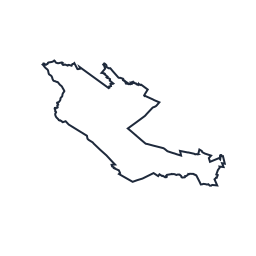 Lazdukalna pag., Rugaju, Latvia, rotated 33°
{"feature_id": "27541924B17763592459662", "entity_name": "Lazdukalna pag.", "entity_type": "district", "adm_level": 2, "iso_a3": "LVA", "parent_name": "Latvia", "parent_adm1": "Rugaju", "projection": "equal_earth", "projection_center": [27.094, 56.926], "detail": "fine", "context": "isolated", "style": "outline", "palette": "slate", "viewbox_px": 256, "rotation_deg": 33, "n_neighbors": 0, "source": "geoboundaries", "source_scale": "gbopen_adm2", "svg_char_len": 5317}
<svg xmlns="http://www.w3.org/2000/svg" viewBox="0 0 256 256"><g transform="rotate(33 128 128)"><path d="M65.7,159.1L66.1,159.0L66.6,158.9L66.7,158.7L66.9,158.5L67.1,158.5L67.4,158.7L67.8,158.5L68.5,158.4L69.0,158.5L69.5,158.7L70.1,158.7L72.0,156.3L76.4,157.4L97.8,156.9L99.6,158.8L100.0,159.1L101.4,159.4L106.2,159.3L107.9,159.8L116.4,161.4L124.8,162.7L133.5,164.9L137.0,165.7L134.3,167.8L135.6,168.9L137.5,168.7L137.9,169.0L138.2,169.0L138.2,168.9L138.5,168.9L138.4,169.3L143.4,168.5L145.9,170.1L145.5,171.5L149.3,171.3L161.2,170.6L164.1,166.8L167.7,162.5L174.0,151.9L179.5,151.9L179.6,149.7L182.8,149.7L183.2,149.1L186.0,149.1L187.1,148.2L187.1,147.8L186.0,147.3L186.2,146.1L189.0,143.5L189.7,142.7L190.0,142.8L191.2,141.9L191.9,141.5L193.1,141.2L194.1,141.1L195.2,139.8L195.5,139.6L196.4,139.3L196.6,139.0L198.7,139.3L199.7,140.1L200.3,140.0L200.5,140.0L200.8,139.7L202.4,138.5L202.5,138.1L202.6,137.3L202.3,137.1L203.1,136.4L203.9,134.0L203.7,133.7L204.5,133.4L204.8,132.7L206.0,132.0L207.8,130.9L208.6,130.8L208.4,131.0L211.2,130.6L217.6,134.3L219.8,135.7L220.8,134.9L221.8,133.7L223.8,132.8L225.1,132.4L226.0,131.4L227.9,131.8L229.1,131.1L229.6,129.9L234.1,127.6L228.5,123.9L228.9,122.5L228.8,121.8L229.5,121.4L228.9,118.6L227.4,118.9L226.3,114.3L226.5,111.0L225.8,110.5L229.4,108.7L226.1,106.3L228.6,105.2L223.0,99.9L221.9,100.8L221.7,100.3L221.3,100.1L221.1,99.9L220.8,99.9L220.5,100.1L220.2,100.6L220.2,100.9L220.4,101.3L220.6,101.6L220.9,102.1L221.3,102.4L221.6,102.6L222.0,103.3L222.2,103.6L222.4,104.1L220.7,103.7L215.2,111.7L212.2,109.2L212.7,105.9L206.3,107.6L203.5,107.8L202.4,107.1L199.6,107.2L200.5,109.8L201.0,111.6L201.4,111.6L200.9,112.1L199.3,112.8L198.7,113.5L197.3,113.6L196.6,113.9L191.8,115.7L191.6,115.9L190.9,116.2L184.1,118.9L185.5,120.2L187.5,122.2L183.5,123.4L180.6,124.1L179.8,124.4L175.7,125.5L173.7,126.0L170.1,125.6L168.8,125.6L166.1,126.5L158.5,129.1L153.2,130.8L151.5,131.5L151.1,131.5L145.4,130.8L131.5,128.9L128.1,128.5L131.9,118.6L135.2,109.8L135.6,108.7L135.8,107.7L136.0,106.2L137.5,97.8L137.8,97.0L138.7,95.9L139.5,94.4L139.7,93.7L140.3,89.4L134.6,90.4L133.1,90.5L131.2,90.8L126.0,91.6L125.1,91.7L124.6,92.2L123.8,91.9L123.7,90.0L123.6,85.0L115.7,84.5L115.6,84.8L115.4,85.0L114.5,85.3L113.8,85.4L113.7,85.1L113.4,85.2L113.3,85.3L113.5,85.5L113.3,85.6L113.1,85.5L113.2,85.8L112.5,86.1L112.6,86.3L112.2,86.3L112.4,86.5L112.1,86.6L111.4,86.7L111.2,86.5L110.6,86.5L110.3,86.5L109.8,86.6L109.4,86.7L109.2,86.6L108.9,86.5L108.7,86.6L108.7,86.8L108.6,87.0L108.4,87.0L107.9,86.9L107.7,86.8L107.7,86.6L107.4,86.6L107.1,86.5L107.0,86.9L107.1,87.2L106.6,87.2L106.5,87.3L106.8,87.4L106.7,87.6L106.8,87.7L107.2,87.4L107.4,87.5L107.5,87.5L107.5,87.8L107.4,88.0L107.2,88.2L106.9,88.3L106.6,88.3L106.7,88.5L106.3,88.6L106.5,88.7L106.8,88.8L107.2,88.8L107.2,89.0L106.7,89.2L106.1,89.2L106.0,89.5L105.7,89.4L105.6,89.5L106.0,89.9L106.0,90.1L105.3,90.4L104.8,90.5L104.6,90.7L104.3,90.6L104.2,90.4L103.9,90.5L104.0,90.8L104.3,90.9L104.3,91.0L103.7,91.1L103.4,90.8L102.7,90.7L102.7,90.8L102.8,91.0L103.2,91.1L102.8,91.5L102.2,91.6L102.1,91.8L101.6,91.6L101.4,91.4L101.4,91.1L101.2,91.0L100.6,90.9L100.3,90.8L100.2,90.6L100.5,90.4L100.4,90.4L99.5,90.2L99.1,90.3L99.0,90.6L98.2,90.6L97.7,90.6L97.2,89.8L97.4,89.7L97.7,89.9L97.9,89.9L97.4,89.5L96.8,89.4L96.2,89.7L95.5,89.7L95.2,89.9L94.2,90.1L93.2,90.8L92.9,90.9L92.4,90.9L84.1,88.6L80.6,87.5L80.3,87.6L79.8,88.2L79.4,88.4L77.1,88.5L76.7,88.4L76.4,88.2L75.8,87.2L75.4,87.0L73.6,86.7L72.9,86.8L72.7,88.3L73.5,88.5L74.3,88.9L76.5,90.7L75.8,96.2L78.3,95.1L78.7,95.1L78.6,95.6L82.8,96.1L82.5,97.2L83.5,97.3L84.7,96.8L86.2,96.8L86.3,96.8L86.6,97.4L86.8,97.6L86.7,97.9L86.9,98.2L91.5,98.7L91.2,99.3L89.7,100.2L89.3,100.5L90.9,102.1L89.7,103.4L90.2,103.8L90.7,105.0L90.9,105.1L54.2,103.2L54.5,103.4L54.7,103.6L55.8,104.1L54.0,105.9L53.5,106.1L47.6,102.8L47.4,103.7L47.6,103.7L47.2,104.1L46.6,104.6L46.6,106.0L46.7,106.5L44.2,107.2L43.7,107.5L43.4,107.8L43.4,108.0L43.4,108.5L40.5,109.1L40.2,109.5L40.0,109.9L39.8,110.1L39.0,110.5L38.2,110.3L37.6,109.8L37.7,109.5L37.0,109.5L37.3,109.0L36.9,109.0L34.1,111.8L32.3,112.4L31.5,112.3L30.3,111.7L29.4,111.6L29.3,112.0L28.7,113.4L27.8,114.4L25.8,116.2L25.5,116.6L25.4,116.9L25.6,117.7L25.6,117.9L25.5,118.2L25.1,118.7L24.9,119.5L24.7,119.7L24.5,119.9L24.3,119.9L22.9,119.6L22.4,119.7L22.0,119.9L21.9,120.0L22.1,120.8L21.9,121.3L22.6,121.4L24.8,122.2L26.4,122.6L28.4,122.8L29.0,123.0L29.6,123.3L31.6,125.3L32.2,125.8L32.9,126.0L34.6,126.0L35.3,126.1L35.7,126.2L36.8,126.9L38.0,128.0L39.4,128.8L40.0,128.9L40.6,128.8L41.5,128.4L42.6,128.3L43.1,128.2L43.6,127.9L44.2,127.8L46.6,128.6L47.7,128.9L49.1,129.0L49.9,129.2L50.5,129.5L51.2,129.9L53.0,130.8L54.5,131.7L54.6,132.0L54.5,133.9L54.6,134.9L54.8,135.6L55.2,136.4L55.5,137.2L55.5,137.7L55.2,139.0L55.2,139.7L55.3,140.1L55.7,140.7L55.8,141.0L56.0,141.7L56.0,142.1L55.9,143.6L55.9,143.8L55.6,144.2L54.8,145.2L54.8,145.6L55.3,145.9L56.1,146.0L56.3,146.0L56.6,146.2L56.8,146.5L56.7,146.7L56.4,147.6L56.5,147.8L56.7,148.1L57.0,148.3L57.7,148.8L57.8,149.0L57.6,149.6L57.1,150.1L55.9,150.8L55.7,151.0L55.8,151.4L56.1,151.9L57.1,152.3L57.2,152.5L57.5,153.1L57.7,153.5L58.0,153.6L58.8,153.7L59.1,153.9L59.2,154.6L59.1,155.3L59.2,155.6L59.7,156.5L60.7,157.3L61.5,157.8L62.2,158.1L65.0,158.7L65.4,158.9L65.7,159.1Z" fill="none" stroke="#1e293b" stroke-width="2"/></g></svg>